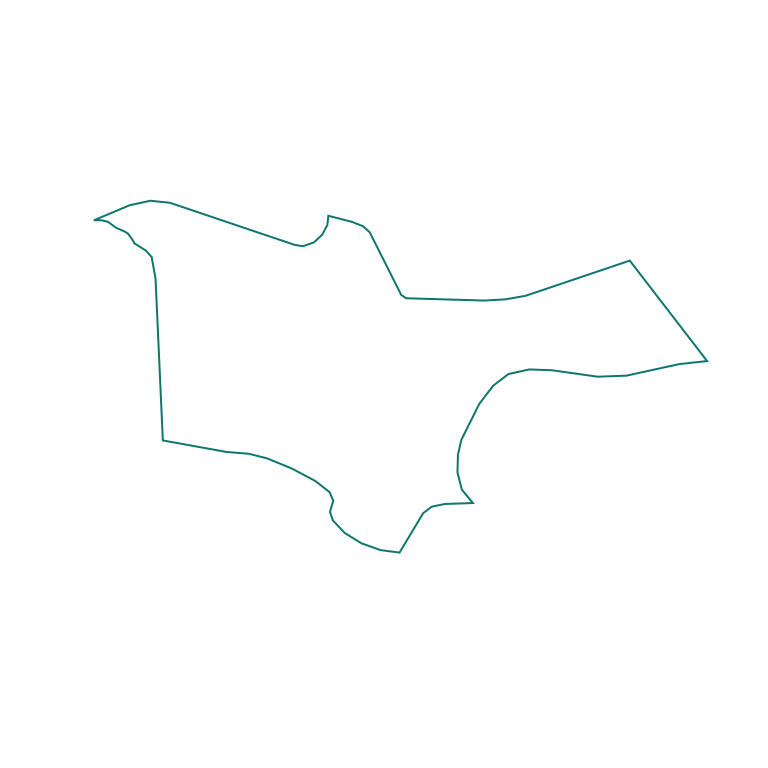 the border of Nueva Vizcaya, rotated 280°
{"feature_id": "PHL-2553", "entity_name": "Nueva Vizcaya", "entity_type": "Province", "adm_level": 1, "iso_a3": "PHL", "parent_name": "Philippines", "parent_adm1": "", "projection": "equal_earth", "projection_center": [121.162, 16.271], "detail": "fine", "context": "isolated", "style": "outline", "palette": "teal", "viewbox_px": 768, "rotation_deg": 280, "n_neighbors": 0, "source": "natural_earth", "source_scale": "10m", "svg_char_len": 929}
<svg xmlns="http://www.w3.org/2000/svg" viewBox="0 0 768 768"><g transform="rotate(280 384 384)"><path d="M548.2,604.6L462.7,698.2L454.8,671.1L434.3,621.3L428.3,593.1L426.7,547.1L423.6,524.6L415.4,504.8L401.4,491.9L381.0,481.3L342.5,469.9L327.2,469.1L309.7,471.7L293.5,479.0L282.2,492.2L276.4,464.8L271.5,452.3L263.6,445.0L220.7,428.6L219.8,409.5L223.2,389.5L230.4,371.3L240.7,357.4L248.6,353.0L260.3,354.3L268.1,349.1L276.5,333.3L284.7,308.0L290.5,281.6L291.8,262.7L289.7,240.7L290.0,176.0L448.2,140.7L468.7,133.1L473.9,126.6L479.3,113.5L480.2,113.2L486.0,107.6L487.9,105.3L489.1,102.1L491.3,93.2L495.8,83.9L496.2,78.4L495.6,73.4L494.8,69.8L515.9,102.5L520.7,114.3L523.9,122.0L525.3,141.7L505.5,271.7L505.6,280.3L511.3,290.4L520.4,297.3L530.8,300.6L540.0,300.0L538.1,324.1L535.8,335.8L530.9,343.6L474.7,385.5L472.3,391.0L483.6,468.3L488.4,488.7L495.3,507.8L548.2,604.6Z" fill="none" stroke="#0f766e" stroke-width="2"/></g></svg>